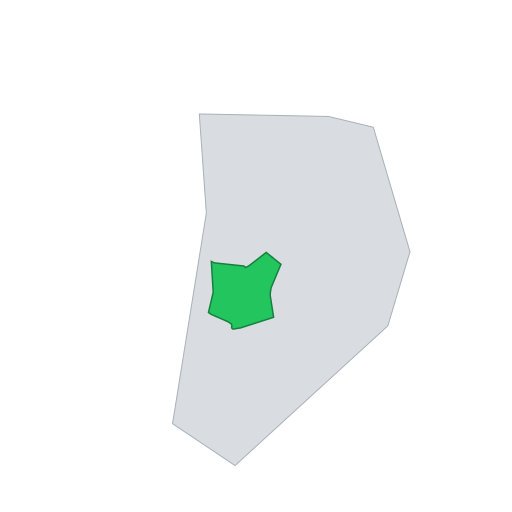 Barbados, with Saint Joseph highlighted, rotated 229°
{"feature_id": "BRB-1994", "entity_name": "Saint Joseph", "entity_type": "Parish", "adm_level": 1, "iso_a3": "BRB", "parent_name": "Barbados", "parent_adm1": "", "projection": "mercator", "projection_center": [-59.553, 13.212], "detail": "fine", "context": "in_parent", "style": "filled", "palette": "green", "viewbox_px": 512, "rotation_deg": 229, "n_neighbors": 0, "source": "natural_earth", "source_scale": "10m", "svg_char_len": 700}
<svg xmlns="http://www.w3.org/2000/svg" viewBox="0 0 512 512"><g transform="rotate(229 256 256)"><path d="M313.8,402.2L276.2,429.0L158.2,375.0L116.8,309.7L111.6,102.7L184.2,83.0L321.0,246.7L400.4,306.4L313.8,402.2Z" fill="#d9dde1" stroke="#a8b0b8" stroke-width="1"/><path d="M244.6,183.1L256.7,199.9L281.2,218.7L278.1,220.1L256.4,240.3L255.9,240.4L255.3,240.5L254.2,240.5L253.5,243.0L253.2,244.9L252.0,266.1L251.1,266.2L233.4,269.4L222.2,246.7L218.7,242.5L216.8,240.8L198.2,229.1L211.8,197.3L215.9,190.7L216.7,190.5L217.2,190.4L217.7,190.5L218.0,190.7L218.4,191.0L218.8,191.7L219.2,192.0L220.8,192.8L224.8,191.7L241.5,183.8L244.6,183.1Z" fill="#22c55e" stroke="#15803d" stroke-width="1.5"/></g></svg>